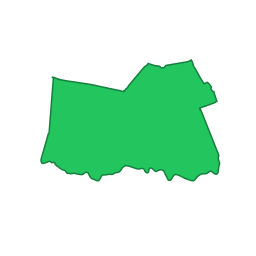 outline of Amstelveen, Noord-Holland, Netherlands, rotated 70°
{"feature_id": "6326949B86462259358438", "entity_name": "Amstelveen", "entity_type": "district", "adm_level": 2, "iso_a3": "NLD", "parent_name": "Netherlands", "parent_adm1": "Noord-Holland", "projection": "albers", "projection_center": [4.846, 52.286], "detail": "fine", "context": "isolated", "style": "filled", "palette": "green", "viewbox_px": 256, "rotation_deg": 70, "n_neighbors": 0, "source": "geoboundaries", "source_scale": "gbopen_adm2", "svg_char_len": 5440}
<svg xmlns="http://www.w3.org/2000/svg" viewBox="0 0 256 256"><g transform="rotate(70 128 128)"><path d="M54.6,181.6L54.9,181.3L55.3,180.9L82.6,193.4L83.0,193.5L93.0,198.1L106.2,204.1L106.0,204.7L128.3,220.8L130.9,221.1L131.3,221.0L131.6,220.9L131.8,220.8L132.0,220.5L132.1,220.3L132.3,219.6L132.3,219.2L132.5,216.7L132.4,214.3L132.4,213.8L132.5,213.5L132.5,213.2L132.6,212.9L132.7,212.7L132.8,212.6L133.1,212.3L133.2,212.2L134.4,211.7L134.5,211.6L134.7,211.0L134.8,210.3L134.8,209.9L134.9,209.6L135.1,209.0L135.3,208.8L135.7,208.8L137.0,208.8L137.6,208.7L138.7,208.1L139.3,207.8L140.4,207.0L141.2,206.4L141.8,206.1L142.5,205.7L143.1,205.2L143.5,204.9L144.2,204.5L144.6,204.1L144.9,203.7L145.2,203.2L145.9,202.4L146.6,201.8L147.0,201.6L147.4,201.4L148.1,201.2L148.6,201.1L149.0,200.9L149.6,200.7L149.8,200.5L150.0,200.0L150.5,198.8L151.2,197.4L151.4,197.0L151.5,197.1L151.8,195.9L151.9,194.8L152.2,193.8L152.9,192.9L153.8,191.5L154.6,190.2L155.3,188.9L155.8,187.8L156.1,187.1L156.0,185.9L155.5,184.5L155.2,183.4L155.3,182.5L155.6,181.8L156.0,181.2L156.6,180.8L157.4,180.7L158.2,180.7L160.3,180.4L161.6,180.2L162.2,179.9L163.0,179.4L164.2,178.2L165.5,176.7L166.8,175.3L167.2,174.5L167.4,174.1L167.4,173.8L167.3,173.5L167.1,172.9L166.3,171.8L164.8,170.2L164.5,169.9L164.1,169.4L163.7,168.6L163.5,168.2L163.5,167.9L163.6,167.5L164.3,165.5L164.7,163.6L164.9,162.2L165.0,161.8L165.2,161.2L165.9,159.6L166.1,158.8L166.2,158.4L166.3,158.1L166.2,157.7L166.1,157.1L165.8,156.0L165.7,155.7L165.7,155.3L165.8,154.6L166.1,153.6L166.2,153.0L166.3,152.7L166.2,151.6L166.0,150.6L165.3,149.4L164.2,147.9L163.6,147.1L163.4,146.6L163.1,146.0L162.9,145.3L162.8,144.9L162.7,144.5L162.6,144.1L162.6,143.7L162.6,143.3L162.8,142.6L163.0,142.2L163.3,141.5L164.3,140.0L168.6,134.6L169.4,133.6L169.8,132.8L170.0,132.3L170.4,131.3L170.5,129.9L170.5,129.5L170.7,129.0L170.8,128.6L171.1,128.1L171.2,127.9L171.6,127.4L171.8,127.2L172.1,127.1L172.6,127.0L174.4,126.8L175.0,126.7L175.3,126.6L175.8,126.3L176.2,126.0L176.5,125.7L176.7,125.3L176.8,125.0L176.8,124.7L176.7,124.4L176.6,124.1L176.2,123.6L174.0,122.4L173.6,122.0L173.4,121.8L173.3,121.7L173.2,121.4L173.2,120.9L173.3,120.6L173.3,120.4L173.5,120.2L173.7,119.8L174.1,119.3L174.4,119.1L175.1,118.6L176.2,118.1L177.4,117.5L177.9,117.2L178.1,117.0L178.2,116.9L178.4,116.6L178.4,116.2L178.4,115.8L178.3,114.2L178.2,112.9L178.2,112.6L178.2,112.2L178.4,111.7L178.5,111.3L178.6,111.0L179.7,109.7L180.3,109.3L180.7,109.1L182.0,108.9L182.6,108.8L183.9,108.8L185.6,108.6L188.4,108.2L188.9,108.1L189.8,108.1L190.1,108.1L190.4,108.0L190.8,107.8L190.9,107.6L191.2,107.3L191.3,107.1L191.4,106.7L191.5,106.5L191.5,106.1L191.5,105.8L191.4,105.5L191.3,105.1L190.8,104.5L190.3,103.9L189.7,103.3L189.4,103.0L189.1,102.7L188.8,102.1L188.4,101.4L188.2,101.1L188.1,100.9L188.0,100.4L187.9,99.8L188.0,99.3L188.1,98.9L188.4,98.3L188.7,97.8L189.1,97.3L189.7,96.6L192.7,93.6L194.2,92.3L194.9,91.5L196.3,90.0L198.0,87.8L198.4,87.3L199.1,86.5L199.5,85.8L199.7,85.2L199.9,84.3L199.6,83.1L199.4,82.5L197.8,80.1L197.4,79.1L197.0,78.2L196.9,77.8L196.7,77.3L196.6,76.6L196.4,75.3L196.5,74.0L196.7,73.0L197.1,72.1L197.4,70.8L197.6,69.8L197.5,68.7L197.3,67.7L196.8,66.2L196.7,65.9L196.7,65.7L196.8,65.4L196.9,65.1L197.0,64.9L197.2,64.6L198.4,63.6L200.1,62.7L201.0,61.9L201.6,61.0L201.4,59.5L199.9,58.1L196.9,56.8L195.9,56.2L195.1,55.7L193.6,54.7L193.1,54.3L192.5,54.0L191.9,53.9L191.0,53.8L189.0,53.8L187.6,53.6L186.2,53.1L185.2,52.2L183.6,52.0L183.3,52.0L182.8,52.0L181.4,52.1L167.2,52.5L139.9,53.3L135.8,53.5L135.5,53.5L135.4,54.1L134.3,54.1L134.3,53.8L134.1,53.8L134.1,53.4L133.8,53.4L133.9,40.2L133.9,38.5L133.8,37.8L133.8,37.5L133.6,36.8L133.3,35.4L127.7,35.2L123.1,34.9L123.1,35.0L122.7,35.7L122.6,35.9L122.5,36.0L119.6,36.8L117.9,35.6L113.5,37.0L112.2,37.9L112.4,40.1L112.4,41.2L112.1,41.3L112.1,41.6L105.0,43.0L95.0,44.6L93.8,45.1L92.3,45.1L87.0,45.0L86.9,45.0L86.7,45.1L86.5,45.4L85.6,45.4L85.8,46.0L85.9,46.5L86.0,47.1L86.1,48.0L86.1,48.9L86.1,49.3L86.0,50.1L82.6,68.6L82.2,70.7L82.2,71.0L82.3,71.2L82.4,71.6L82.6,72.0L83.1,72.7L83.2,72.8L83.4,73.1L83.5,73.4L83.6,73.6L83.5,73.9L83.4,74.4L83.2,75.0L83.0,75.8L83.0,76.0L82.9,76.1L82.7,76.3L82.1,76.6L81.3,76.9L81.0,77.1L80.7,77.3L80.5,77.6L78.9,80.8L78.4,81.7L76.1,84.7L74.9,86.2L74.5,86.6L74.2,86.9L74.9,87.9L75.1,88.3L75.4,88.7L75.7,89.4L75.7,89.5L75.8,90.3L76.1,91.5L76.3,91.9L87.2,110.9L88.4,112.9L89.0,113.6L89.4,114.1L89.5,114.3L89.9,114.5L90.0,114.9L90.1,115.5L90.9,117.1L91.5,118.0L91.7,118.4L92.1,118.9L91.6,119.2L92.0,119.9L92.1,120.2L92.0,120.5L91.7,120.9L91.5,121.2L91.2,121.4L90.3,122.5L88.9,124.7L88.9,124.9L88.9,125.1L88.5,125.7L87.8,126.6L87.6,126.9L87.6,127.0L86.8,128.2L86.7,128.3L86.7,128.5L86.4,128.9L85.2,130.8L84.2,132.5L83.1,134.1L83.0,134.3L82.5,135.3L82.5,135.2L82.4,135.3L81.5,136.7L81.3,137.0L81.2,137.3L77.3,143.4L77.0,143.8L76.5,144.6L76.2,145.1L76.1,145.3L75.1,146.9L74.4,148.1L74.2,148.4L73.9,149.0L73.5,149.7L73.3,150.0L69.1,157.7L69.0,157.8L67.7,160.3L66.1,163.3L65.5,164.4L65.4,164.7L65.1,165.1L64.9,165.5L64.2,166.8L64.0,167.0L63.6,168.0L63.0,169.0L61.6,171.5L61.4,171.7L61.3,172.0L61.2,172.1L61.0,172.5L60.9,172.8L60.5,173.5L60.4,173.5L60.3,173.8L60.0,174.4L59.9,174.4L59.8,174.7L59.2,175.4L59.3,175.4L59.2,175.6L58.6,176.2L58.3,176.6L58.2,176.6L58.1,176.8L57.5,177.6L57.4,177.7L57.2,177.9L57.0,178.2L56.9,178.3L56.6,178.7L55.8,179.7L55.5,180.1L55.4,180.2L54.9,180.7L54.4,181.2L54.6,181.6Z" fill="#22c55e" stroke="#15803d" stroke-width="1.5"/></g></svg>